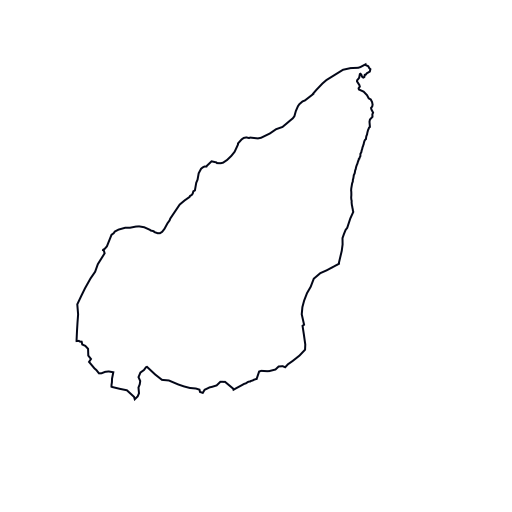 Mali, Mali, Guinea (Albers equal-area conic projection), rotated 327°
{"feature_id": "49546643B49159513129654", "entity_name": "Mali", "entity_type": "district", "adm_level": 2, "iso_a3": "GIN", "parent_name": "Guinea", "parent_adm1": "Mali", "projection": "albers", "projection_center": [-12.025, 12.05], "detail": "fine", "context": "isolated", "style": "outline", "palette": "ink", "viewbox_px": 512, "rotation_deg": 327, "n_neighbors": 0, "source": "geoboundaries", "source_scale": "gbopen_adm2", "svg_char_len": 4034}
<svg xmlns="http://www.w3.org/2000/svg" viewBox="0 0 512 512"><g transform="rotate(327 256 256)"><path d="M76.3,310.1L80.3,309.3L83.1,307.4L85.8,302.3L88.6,300.3L90.8,297.8L91.5,293.6L95.6,290.8L99.9,290.6L103.1,289.4L104.2,289.6L106.9,300.5L109.7,308.7L115.1,312.9L120.9,321.5L124.6,326.2L128.6,330.6L133.4,334.4L135.8,337.3L135.0,339.5L136.8,341.8L140.1,340.2L142.9,340.6L145.5,340.9L147.9,341.8L152.5,343.1L157.6,342.1L161.5,344.7L164.6,354.8L164.3,355.9L167.4,356.1L174.8,356.7L175.6,356.7L176.5,356.8L177.5,357.1L178.3,357.3L179.2,357.3L180.0,357.2L180.8,357.3L181.9,357.6L182.7,358.1L183.6,358.0L184.4,358.3L185.3,358.5L186.2,358.7L186.7,358.6L187.4,358.8L189.0,359.2L189.5,359.5L195.7,354.6L197.9,355.2L202.5,358.6L204.3,359.7L210.5,361.8L214.8,361.0L218.3,362.9L219.9,365.2L223.8,364.2L229.6,364.0L238.2,363.2L246.1,361.3L249.1,357.1L253.3,348.1L257.0,339.9L258.9,339.8L262.6,329.8L267.1,324.1L272.1,319.6L278.6,314.9L285.1,311.6L292.1,306.5L300.6,305.4L307.4,306.5L314.4,307.1L321.4,307.7L321.9,306.8L330.7,298.4L334.9,293.5L338.3,288.1L341.8,285.4L345.4,282.9L347.8,282.1L355.5,275.9L361.6,272.0L362.0,270.7L362.6,269.5L363.1,268.1L363.6,267.0L364.1,265.6L364.8,264.2L365.5,262.9L366.2,262.0L366.8,260.4L367.6,258.9L368.4,257.8L369.1,256.9L369.8,255.8L370.8,254.2L371.5,252.8L372.8,251.1L374.1,249.7L375.2,248.5L376.2,247.4L377.7,246.3L378.9,244.7L379.9,243.9L381.0,242.7L382.0,241.5L383.0,240.9L384.0,240.2L385.0,239.1L385.9,238.1L386.6,237.7L387.2,237.2L387.8,236.5L389.0,235.4L389.7,234.9L390.6,234.2L391.2,233.9L392.0,233.2L392.6,232.6L393.2,232.3L393.6,231.8L394.5,231.3L395.1,230.6L395.6,230.7L396.3,230.1L396.9,229.6L397.5,229.4L397.9,229.1L398.4,228.4L399.2,227.2L400.5,226.5L401.0,226.2L402.0,225.1L402.9,224.4L403.4,224.0L404.6,222.8L405.5,222.2L406.8,221.1L407.3,220.8L407.7,220.3L409.2,218.9L410.1,218.3L411.0,217.9L411.9,217.8L412.8,216.7L413.4,216.0L414.3,215.2L415.2,214.7L415.9,213.9L416.4,213.4L417.1,212.7L417.7,212.2L418.1,211.8L418.4,211.5L419.4,210.9L419.9,210.5L420.8,209.9L421.8,209.8L422.2,209.1L424.3,205.2L425.9,203.6L429.5,202.7L430.7,200.6L432.3,199.5L432.6,196.0L433.1,194.5L434.9,193.9L436.2,192.6L437.2,190.1L437.5,187.2L436.4,185.2L436.5,183.9L436.7,181.6L435.8,176.8L433.0,172.4L433.4,171.2L435.3,170.5L435.8,168.9L435.8,166.8L435.8,164.6L436.5,163.7L437.9,163.3L439.6,162.7L442.2,160.0L442.8,160.0L443.1,161.1L442.6,163.4L443.1,164.8L444.3,164.9L445.9,163.3L446.7,163.7L448.5,163.1L449.7,163.2L451.9,163.3L453.7,161.6L453.3,160.1L453.5,158.0L451.9,155.5L452.2,154.9L446.4,154.4L444.2,153.8L437.6,149.9L430.4,147.2L425.4,147.1L410.9,146.8L405.8,147.5L397.3,149.5L392.2,151.0L392.2,151.3L391.3,151.4L381.7,152.2L379.2,151.7L375.0,152.3L372.8,153.2L368.4,156.1L364.3,159.7L361.8,160.6L359.0,160.9L348.5,162.2L341.9,160.6L334.3,160.8L324.6,159.6L321.6,158.4L315.6,153.5L314.4,153.3L312.5,151.3L310.0,150.3L307.4,150.4L302.2,151.8L301.6,152.7L294.9,156.9L294.4,157.1L289.8,158.6L284.1,159.7L279.2,159.8L277.0,159.0L273.9,156.9L273.7,155.9L270.3,152.4L263.9,153.6L263.2,154.0L261.5,152.9L259.7,152.7L257.5,152.9L253.0,155.4L248.5,160.2L245.8,162.0L240.5,167.7L238.7,167.6L236.9,169.2L236.1,169.5L235.3,169.8L233.4,169.7L232.4,170.3L226.6,170.5L220.0,171.3L204.5,177.9L202.9,179.1L200.8,179.9L199.7,180.3L194.0,183.4L190.5,184.6L187.9,184.6L186.0,183.4L183.8,180.6L183.7,179.5L181.6,177.3L181.3,176.3L177.9,171.0L175.1,168.4L174.1,167.5L171.3,165.9L165.8,163.7L161.8,161.1L155.1,159.0L150.9,158.6L149.0,159.4L146.5,159.5L146.4,159.5L143.3,161.7L136.2,166.7L133.0,167.6L131.2,167.5L130.9,167.8L131.4,168.4L130.5,171.3L118.9,176.7L112.5,181.6L105.0,184.7L95.1,189.9L87.9,194.2L79.8,199.2L75.0,208.1L69.9,214.8L65.4,220.9L62.3,225.2L59.3,229.4L59.2,229.6L61.2,230.7L61.7,231.9L63.1,232.9L62.1,235.6L63.9,238.4L64.6,242.4L61.1,248.2L61.5,252.5L58.3,253.9L58.7,257.2L59.3,262.3L60.0,264.7L60.4,268.9L62.5,270.2L66.4,271.0L69.6,272.6L73.0,275.8L68.5,280.4L66.4,283.4L64.7,285.3L63.6,286.9L64.0,287.5L69.4,293.2L74.6,298.3L77.0,307.7L76.3,310.1Z" fill="none" stroke="#020617" stroke-width="2"/></g></svg>